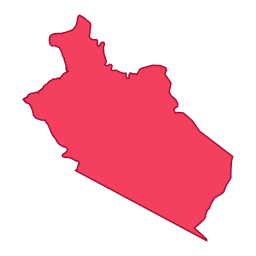 Ibobang, Ngatpang, Palau (Robinson projection)
{"feature_id": "81905179B30151450559542", "entity_name": "Ibobang", "entity_type": "district", "adm_level": 2, "iso_a3": "PLW", "parent_name": "Palau", "parent_adm1": "Ngatpang", "projection": "robinson", "projection_center": [134.529, 7.483], "detail": "fine", "context": "isolated", "style": "filled", "palette": "rose", "viewbox_px": 256, "rotation_deg": 0, "n_neighbors": 0, "source": "geoboundaries", "source_scale": "gbopen_adm2", "svg_char_len": 4885}
<svg xmlns="http://www.w3.org/2000/svg" viewBox="0 0 256 256"><path d="M96.1,39.7L95.5,39.9L94.1,39.7L93.3,39.7L92.9,39.5L92.4,39.4L91.4,39.1L90.8,38.7L90.4,38.1L89.6,37.4L89.4,36.6L89.5,35.5L89.8,34.0L89.9,32.4L89.9,31.3L90.0,30.3L90.2,29.3L90.5,28.3L90.4,26.9L90.7,25.8L90.6,24.9L90.5,23.9L90.3,23.5L90.2,23.0L89.6,22.6L89.1,22.0L88.7,21.6L88.4,21.3L87.2,20.8L86.2,19.9L85.6,19.1L84.6,18.4L83.4,17.5L82.7,17.0L82.1,16.6L81.3,16.1L80.6,15.8L80.1,15.5L79.4,15.4L78.9,15.6L78.4,16.2L77.7,17.9L77.6,19.0L77.5,20.1L77.2,21.5L77.0,22.5L76.8,23.4L76.5,24.3L76.2,25.1L75.7,26.1L75.0,27.0L74.4,28.0L73.9,28.6L73.4,29.1L72.7,29.7L71.9,30.1L71.5,30.4L70.7,30.8L69.3,31.1L67.9,31.5L66.5,32.2L65.3,32.5L64.1,32.8L62.1,33.2L62.3,33.5L61.2,33.6L59.8,33.4L59.1,33.5L58.4,33.4L57.5,33.6L56.7,33.5L56.0,33.5L55.3,33.7L54.6,33.7L53.6,34.0L52.4,34.4L51.5,34.8L50.8,35.3L50.2,36.0L49.8,36.6L49.7,38.2L49.4,39.6L49.5,41.5L49.6,42.6L49.9,43.0L50.1,44.1L51.3,45.6L52.1,45.8L55.0,45.7L56.5,46.4L59.5,47.7L60.4,49.8L61.6,51.7L61.8,52.6L62.5,55.1L63.1,56.6L64.1,58.3L64.6,58.5L64.1,59.4L64.6,60.6L65.0,62.2L65.3,62.8L65.5,63.6L65.7,64.5L65.9,65.3L66.3,66.1L66.4,67.3L66.0,67.6L66.1,68.2L66.7,67.8L67.0,68.7L66.2,69.4L66.1,69.8L66.6,70.2L66.7,70.9L67.3,71.0L67.6,70.8L68.1,70.8L68.3,71.1L67.6,71.5L67.1,71.7L67.0,72.0L66.8,72.0L66.6,72.4L66.2,72.7L65.8,72.8L65.3,72.8L64.9,73.1L64.2,73.3L63.9,73.5L63.5,74.0L63.2,74.4L62.9,74.7L62.5,75.0L62.1,75.6L61.9,75.9L61.2,76.7L61.0,77.2L60.0,78.0L59.7,78.7L59.4,78.3L59.1,78.6L58.8,78.4L58.4,78.1L57.9,78.1L56.7,78.7L55.3,79.3L54.2,78.9L53.6,79.0L52.3,79.4L51.7,80.1L50.8,80.6L49.5,81.3L49.1,81.8L48.7,81.9L48.4,82.6L48.0,82.8L47.1,83.7L46.6,84.1L46.0,84.5L45.4,84.8L44.4,85.8L44.2,86.3L43.7,86.5L43.5,87.1L43.1,87.3L42.8,88.1L42.3,88.5L41.9,89.2L41.7,89.1L41.3,89.7L40.8,89.7L40.4,90.2L39.7,90.7L39.2,91.4L38.7,91.2L38.5,91.7L38.0,91.8L37.8,92.1L37.8,92.9L37.4,92.4L36.2,92.3L35.4,92.6L34.6,92.8L33.8,93.1L33.5,93.1L33.3,93.2L32.7,93.1L32.2,93.2L31.6,93.3L31.0,93.4L30.2,93.8L29.8,94.2L29.0,94.5L28.4,94.7L28.2,95.0L27.9,95.6L27.7,96.3L27.7,96.9L27.6,97.3L27.4,97.3L26.9,97.1L26.8,97.4L26.4,97.5L26.1,97.7L25.8,97.7L25.1,97.9L24.8,98.4L24.3,98.5L23.7,98.7L23.3,99.3L23.4,99.9L24.0,99.9L24.4,100.5L24.6,101.2L25.0,101.6L25.4,101.6L25.6,102.0L25.7,102.5L26.3,102.3L26.4,102.6L26.9,102.6L27.4,103.2L27.9,103.2L28.4,103.6L29.4,103.7L29.3,103.9L29.4,104.2L29.6,104.5L29.9,104.7L30.6,106.0L30.9,106.1L31.0,106.8L31.3,107.3L31.4,107.5L31.4,107.9L31.7,108.2L32.0,109.0L32.2,109.7L32.5,110.4L32.9,111.1L32.9,112.3L33.2,112.9L33.3,114.3L33.5,115.0L33.9,115.7L34.6,116.5L35.3,117.4L36.2,118.2L37.1,118.6L38.3,118.9L39.3,119.3L40.2,119.7L41.2,120.0L42.1,120.1L43.2,120.2L44.6,120.2L45.1,120.0L45.4,120.5L45.5,121.3L45.9,121.9L46.2,122.4L46.7,123.0L47.2,123.5L47.9,124.4L48.4,125.5L49.1,127.0L49.9,129.1L50.2,129.8L50.3,130.3L50.5,130.7L50.8,131.3L51.0,131.8L51.4,132.7L51.9,133.6L52.3,134.4L53.0,135.4L53.4,136.2L53.9,136.8L54.5,137.6L55.3,138.4L55.9,139.4L56.5,140.4L56.9,141.2L57.4,142.1L58.3,143.3L59.3,144.2L60.3,144.8L61.3,145.5L62.1,146.0L63.4,146.6L64.3,147.0L65.9,147.2L66.3,147.5L66.9,148.1L67.4,148.7L67.5,149.8L67.2,150.3L67.0,150.9L66.7,151.5L66.0,152.1L65.2,152.8L64.3,153.4L63.8,153.8L63.2,154.3L62.5,154.8L62.3,155.3L62.3,155.8L62.6,156.4L63.0,156.6L63.4,156.9L64.3,157.3L65.4,157.4L66.5,157.4L67.0,157.4L67.8,157.4L68.8,157.5L70.4,158.0L71.4,158.3L72.3,158.8L73.4,159.3L74.5,160.1L76.4,161.1L77.2,161.0L78.1,161.4L78.5,161.7L78.8,162.3L78.9,163.1L79.4,163.7L79.0,164.0L78.8,164.4L78.4,164.9L78.2,165.3L78.1,165.7L77.9,166.2L77.7,166.8L77.5,167.4L77.3,168.1L77.3,168.6L77.2,168.8L76.9,169.4L76.7,169.5L76.6,169.9L76.2,170.0L75.7,170.3L75.5,170.5L206.6,240.6L206.5,239.1L204.3,237.1L202.2,235.1L194.3,228.2L198.2,224.8L203.9,219.4L205.6,216.6L205.4,214.2L206.5,212.9L206.7,211.1L207.8,209.8L209.3,208.4L209.9,206.4L212.0,201.9L214.6,197.9L222.2,193.3L223.8,191.7L225.1,188.0L227.2,183.7L229.4,180.4L230.8,177.9L230.9,169.6L231.5,161.0L232.7,156.5L199.5,131.2L192.5,121.0L183.6,113.1L179.3,112.5L175.0,112.7L173.6,109.3L175.5,107.8L177.7,106.4L177.7,103.5L175.5,99.5L171.4,95.9L169.0,91.9L169.8,89.0L171.0,83.2L167.4,77.8L165.0,74.4L165.4,72.0L166.6,70.2L165.6,67.7L160.1,65.5L152.4,65.3L142.5,68.0L139.9,69.2L138.2,72.2L136.8,74.5L135.7,73.9L135.0,73.8L134.0,73.9L132.5,73.8L131.5,73.3L131.0,73.0L130.1,73.1L129.3,74.4L129.0,75.0L129.0,77.1L128.4,78.3L127.0,77.9L125.9,76.5L126.0,75.4L126.2,74.1L125.9,73.2L125.0,73.2L123.7,73.2L122.6,73.3L120.5,72.3L119.1,71.8L116.6,70.3L115.4,70.2L114.1,70.4L112.6,70.5L111.7,70.1L111.1,69.4L111.3,68.1L111.7,67.5L112.1,65.8L111.7,65.2L110.8,64.5L109.6,64.5L108.0,65.4L106.3,65.8L105.6,65.4L105.0,64.4L105.9,62.9L106.3,61.1L103.8,53.5L103.4,47.7L104.4,44.1L104.1,42.8L103.4,42.3L101.4,42.5L100.5,43.6L99.5,45.6L98.5,46.1L97.6,45.5L97.4,44.1L97.5,41.4L97.3,40.2L96.1,39.7Z" fill="#f43f5e" stroke="#9f1239" stroke-width="1.5"/></svg>